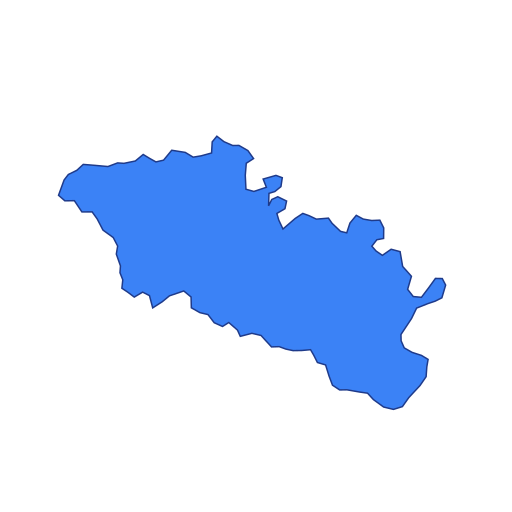 the district of Barra do Jacaré, Paraná, Brazil, rotated 206°
{"feature_id": "56859067B98278959949499", "entity_name": "Barra do Jacaré", "entity_type": "district", "adm_level": 2, "iso_a3": "BRA", "parent_name": "Brazil", "parent_adm1": "Paraná", "projection": "albers", "projection_center": [-50.163, -23.108], "detail": "fine", "context": "isolated", "style": "filled", "palette": "blue", "viewbox_px": 512, "rotation_deg": 206, "n_neighbors": 0, "source": "geoboundaries", "source_scale": "gbopen_adm2", "svg_char_len": 1872}
<svg xmlns="http://www.w3.org/2000/svg" viewBox="0 0 512 512"><g transform="rotate(206 256 256)"><path d="M56.0,238.5L63.7,239.2L73.5,237.8L82.5,238.4L88.4,243.4L91.3,249.0L88.8,267.9L88.8,279.6L80.6,288.6L75.2,293.9L70.6,299.9L72.8,313.0L78.7,317.4L84.9,314.5L86.9,303.0L89.2,291.4L96.9,288.5L105.1,292.5L107.4,305.9L113.0,308.2L119.6,310.9L128.4,323.1L137.5,321.3L142.7,312.0L150.2,313.1L156.2,315.6L154.5,323.6L149.0,327.7L153.5,337.2L160.4,342.5L167.6,338.6L175.8,336.2L183.7,336.5L186.0,326.8L184.6,316.6L190.8,315.2L201.9,318.7L207.5,321.8L217.9,315.6L226.1,315.5L232.6,314.8L237.2,307.0L243.6,292.1L251.2,298.2L255.9,303.4L250.7,311.2L252.6,318.8L262.4,318.8L266.6,313.7L266.7,306.6L271.8,318.0L267.3,322.2L264.0,329.3L266.7,337.9L273.4,337.2L283.3,328.3L276.8,322.3L286.2,313.1L294.3,311.6L301.0,323.8L305.4,335.1L300.9,342.5L309.5,347.2L319.8,347.9L325.4,345.1L334.9,344.7L343.7,346.5L345.4,339.4L341.1,329.1L349.2,322.0L355.8,317.3L365.0,318.1L378.1,314.1L381.1,301.6L387.2,296.7L394.4,297.1L401.9,297.8L406.1,288.5L415.3,281.4L421.2,279.0L428.3,271.5L440.4,266.9L451.4,262.6L454.6,254.5L460.4,247.0L461.8,240.2L460.1,224.0L452.0,221.8L443.5,226.1L431.8,219.3L422.6,223.8L415.0,219.7L404.9,212.2L392.4,210.0L384.7,204.3L382.4,196.5L373.5,187.7L370.9,181.3L365.3,176.2L362.4,168.2L355.6,167.3L347.4,165.7L342.1,173.8L334.4,173.7L326.1,164.1L320.2,173.8L316.3,182.3L305.6,192.9L296.4,190.7L291.4,181.1L281.6,180.5L273.5,182.3L264.3,177.7L255.2,178.0L251.3,184.3L240.2,181.3L234.9,176.9L225.8,184.7L216.6,186.8L210.4,184.3L202.2,181.1L195.4,184.7L188.5,185.4L181.2,187.2L173.5,191.1L165.9,195.7L160.7,192.2L154.1,187.2L145.7,188.6L137.8,180.2L130.6,173.4L122.1,172.3L115.6,175.6L103.4,179.1L95.6,181.6L87.5,178.4L75.1,176.2L65.2,178.4L58.4,184.8L56.6,195.7L51.8,211.5L50.2,222.1L53.9,231.3L56.0,238.5Z" fill="#3b82f6" stroke="#1e3a8a" stroke-width="1.5"/></g></svg>